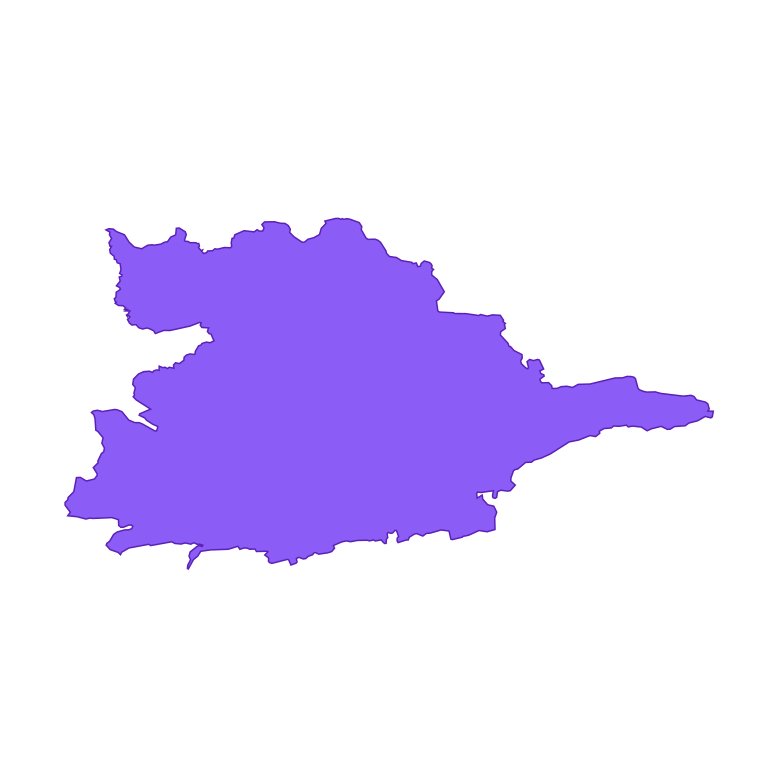 the district of Kale, Sagaing, Myanmar, rotated 266°
{"feature_id": "60261553B8221618130624", "entity_name": "Kale", "entity_type": "district", "adm_level": 2, "iso_a3": "MMR", "parent_name": "Myanmar", "parent_adm1": "Sagaing", "projection": "equal_earth", "projection_center": [94.431, 22.954], "detail": "fine", "context": "isolated", "style": "filled", "palette": "violet", "viewbox_px": 768, "rotation_deg": 266, "n_neighbors": 0, "source": "geoboundaries", "source_scale": "gbopen_adm2", "svg_char_len": 6137}
<svg xmlns="http://www.w3.org/2000/svg" viewBox="0 0 768 768"><g transform="rotate(266 384 384)"><path d="M225.7,451.3L226.5,452.3L227.2,457.8L231.2,468.6L229.4,476.6L231.1,484.6L242.6,485.1L248.3,487.5L254.5,485.0L256.3,479.0L262.2,474.5L266.4,474.2L263.7,469.0L268.4,468.8L269.6,469.9L269.0,472.8L269.9,485.7L264.7,484.4L262.9,484.9L262.2,486.9L263.1,488.5L268.6,489.7L269.9,492.9L268.5,500.0L268.8,502.6L274.0,507.9L278.3,503.8L281.2,504.0L288.4,507.1L289.6,509.0L289.8,511.4L295.9,519.8L295.7,525.6L297.7,528.5L299.2,535.8L302.7,545.2L313.3,564.6L314.5,574.2L318.2,585.9L316.8,591.5L319.8,595.8L321.9,595.6L324.2,600.3L324.3,607.7L326.1,610.2L325.4,615.2L326.0,623.0L324.1,624.7L324.7,628.8L323.1,637.7L319.0,643.2L320.7,647.8L322.4,657.5L319.0,663.5L319.0,666.4L321.3,670.8L321.3,681.5L323.8,685.5L325.4,694.2L329.2,702.2L327.4,707.7L328.3,709.2L333.9,710.6L334.4,705.2L336.5,706.7L341.7,705.6L343.6,703.3L346.3,694.7L349.9,692.4L351.3,689.5L351.0,681.7L355.3,659.5L357.2,654.1L357.6,645.6L358.4,642.7L360.4,638.4L362.0,637.1L371.8,635.2L373.4,633.7L374.3,630.5L374.6,626.9L373.5,622.4L373.9,614.9L369.6,589.4L370.1,577.7L367.4,571.8L369.0,566.3L369.0,560.6L367.6,556.6L367.8,551.5L370.7,551.1L373.9,548.3L374.2,541.3L376.7,540.0L378.0,540.0L380.7,544.3L382.1,544.0L383.4,541.2L386.2,540.4L387.8,544.3L397.1,540.7L397.8,538.9L396.9,534.9L398.3,531.0L396.3,528.2L390.7,529.3L389.1,528.5L390.1,526.6L394.6,522.5L397.5,521.9L400.2,523.7L403.7,523.7L408.3,516.0L412.5,512.8L412.9,511.3L415.9,510.6L424.8,503.5L428.0,504.1L430.9,508.9L435.2,508.3L436.0,509.3L438.0,506.9L439.3,507.7L444.4,504.8L445.4,496.9L444.5,491.8L446.6,485.1L445.7,483.4L448.5,470.4L449.4,459.0L450.2,458.5L451.9,444.3L453.2,442.8L463.2,442.1L464.9,445.0L471.8,450.6L484.5,444.4L489.3,439.3L492.7,439.4L494.9,441.4L496.0,439.7L498.8,440.2L500.6,439.3L502.0,438.0L503.9,432.7L501.6,429.5L499.0,428.5L498.8,425.8L502.5,424.7L502.1,420.9L503.4,420.3L505.9,410.0L509.3,405.3L510.8,398.4L514.2,395.6L516.8,395.2L525.6,390.4L527.8,388.0L529.1,385.1L529.4,378.2L530.8,376.3L539.5,372.1L542.6,372.8L546.7,370.6L550.7,361.7L551.5,358.6L551.1,355.3L551.9,354.0L551.3,352.6L552.4,350.1L552.5,347.3L550.7,336.4L548.1,337.3L543.7,332.3L537.6,330.1L534.8,324.0L533.7,318.2L531.1,314.6L531.1,312.3L537.2,304.4L541.8,300.5L545.0,301.3L548.7,299.6L551.1,296.4L551.6,291.9L553.5,286.0L554.0,276.1L551.6,273.3L548.1,275.2L545.1,273.7L545.1,270.6L546.8,268.2L544.8,265.1L546.7,255.1L543.3,245.6L540.1,244.4L539.9,242.6L535.4,241.4L532.1,241.7L530.6,240.5L531.3,234.2L530.1,227.3L530.7,224.8L528.9,222.1L529.0,217.3L527.5,216.3L526.7,213.2L529.1,211.4L530.3,212.2L529.9,210.9L533.0,208.4L534.3,209.5L537.1,209.0L537.1,207.4L538.1,206.2L538.5,200.4L539.9,198.4L540.3,195.5L541.4,195.0L546.9,197.2L549.7,196.4L553.9,190.6L553.8,187.7L547.3,186.6L545.4,181.5L541.0,177.9L540.7,174.7L539.1,171.2L538.5,164.1L539.1,162.5L538.9,157.9L535.8,151.7L538.0,144.5L543.3,139.6L551.0,135.5L554.7,127.8L557.4,124.8L558.1,120.3L557.1,117.4L554.6,121.2L552.0,120.5L548.2,122.4L544.2,119.5L540.5,120.3L540.3,121.8L537.3,119.8L533.6,120.1L530.2,123.7L527.3,123.7L526.5,125.7L523.6,126.3L522.3,129.2L516.3,129.6L512.7,128.0L511.1,130.2L509.7,129.8L509.2,127.3L505.1,128.0L500.6,123.9L498.7,127.0L496.8,127.6L494.2,123.3L489.0,122.6L488.0,120.9L484.8,121.7L484.4,122.8L483.2,121.5L480.8,124.7L480.3,129.2L478.0,131.5L476.3,130.2L476.2,134.3L474.9,131.5L474.5,135.6L471.6,133.5L470.8,131.9L469.1,132.8L470.4,133.6L468.7,135.3L466.3,132.6L462.6,134.3L460.4,136.6L460.5,140.8L457.3,143.2L455.7,146.9L456.4,151.6L455.5,153.9L453.2,157.9L450.3,159.4L452.8,168.0L452.3,174.2L455.3,194.5L458.2,204.0L457.8,205.9L455.5,204.8L453.1,206.2L452.2,212.9L448.7,211.5L446.4,213.1L445.9,214.9L438.9,217.4L437.3,213.3L438.2,209.8L437.1,205.2L435.7,204.2L435.0,201.7L429.6,198.0L427.2,197.7L426.8,196.2L427.5,192.7L426.8,189.2L424.7,186.5L421.6,186.0L418.7,181.4L419.7,177.4L417.5,175.3L414.4,175.5L415.7,170.9L414.5,169.0L416.0,166.7L415.7,164.5L417.5,161.0L413.4,160.6L413.9,158.1L413.2,155.2L411.7,153.9L413.1,150.9L413.1,145.2L411.1,139.8L406.4,134.5L401.1,133.3L397.8,135.7L392.4,133.9L390.2,134.3L388.8,132.9L385.4,135.7L375.2,149.4L371.3,138.2L369.9,137.6L366.8,143.0L364.5,144.5L360.1,150.3L357.3,155.5L353.1,153.9L353.2,152.1L361.3,139.7L362.5,137.0L362.9,132.6L365.8,126.9L374.6,120.7L376.6,116.7L377.4,113.9L376.2,101.2L377.8,96.2L377.3,92.0L376.0,90.2L373.5,92.4L369.7,93.3L358.0,93.3L356.7,95.2L349.9,100.0L344.6,98.4L339.7,100.6L335.9,99.7L334.4,97.3L327.2,93.2L325.4,93.3L320.9,88.2L314.5,91.5L312.8,91.5L309.4,88.5L308.0,80.3L312.0,74.6L312.1,70.7L298.1,67.0L292.9,61.0L290.6,60.5L288.1,57.6L285.3,57.4L277.9,62.1L274.6,59.3L273.0,68.6L270.1,77.2L270.8,81.6L270.2,83.9L269.7,103.2L267.2,109.6L261.4,109.5L259.4,111.5L259.3,114.1L261.0,119.4L261.0,122.0L259.8,123.5L257.4,122.3L256.4,119.6L256.5,114.8L255.0,107.6L252.8,103.8L246.4,99.4L244.3,96.4L242.6,95.6L237.9,99.3L234.5,107.1L232.1,109.2L234.4,110.5L238.2,118.1L240.5,138.2L239.1,140.0L241.4,161.2L239.5,164.3L238.5,170.4L239.3,174.6L237.7,180.2L238.9,183.2L237.0,186.8L237.1,188.8L235.9,192.0L234.6,191.4L235.6,188.3L235.3,186.6L230.0,178.9L225.9,177.5L222.2,178.8L217.0,175.6L213.7,175.0L213.1,175.8L222.1,181.7L225.3,186.2L229.9,189.5L230.6,199.3L230.0,217.1L232.3,227.0L229.1,228.7L230.2,232.9L229.8,236.1L228.5,238.5L228.4,243.7L225.8,245.1L225.3,255.8L224.7,256.5L221.7,253.1L218.6,256.7L215.1,256.4L213.8,257.4L212.9,259.7L215.8,275.6L215.1,276.7L209.9,278.5L211.4,283.8L212.4,284.8L216.1,284.4L217.0,287.1L215.1,291.2L215.3,293.8L217.4,296.4L218.6,300.8L220.4,302.3L220.6,303.9L218.8,307.0L219.5,316.1L220.5,320.2L223.6,323.2L226.4,322.2L229.4,330.8L230.1,335.5L229.0,339.7L229.8,346.5L229.3,356.4L228.5,358.6L229.2,362.8L228.0,364.3L228.7,370.3L225.9,372.3L224.8,373.7L224.9,375.0L229.0,375.6L230.5,377.0L234.5,376.7L235.6,377.9L234.6,380.2L234.8,382.3L237.3,384.8L236.7,386.3L230.8,387.9L229.3,386.4L226.6,386.1L224.8,387.0L226.8,395.1L226.7,397.3L229.4,398.6L232.3,404.1L232.4,406.4L229.6,412.1L232.0,415.9L232.0,419.6L234.4,430.8L232.8,438.6L224.5,439.9L224.0,441.2L225.7,451.3Z" fill="#8b5cf6" stroke="#5b21b6" stroke-width="1.5"/></g></svg>